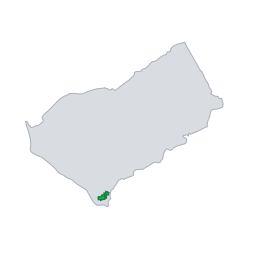 location of Akatsi South, Volta, Ghana, rotated 61°
{"feature_id": "2480657B79730913179219", "entity_name": "Akatsi South", "entity_type": "district", "adm_level": 2, "iso_a3": "GHA", "parent_name": "Ghana", "parent_adm1": "Volta", "projection": "robinson", "projection_center": [0.754, 6.154], "detail": "fine", "context": "in_parent", "style": "filled", "palette": "green", "viewbox_px": 256, "rotation_deg": 61, "n_neighbors": 0, "source": "geoboundaries", "source_scale": "gbopen_adm2", "svg_char_len": 4691}
<svg xmlns="http://www.w3.org/2000/svg" viewBox="0 0 256 256"><g transform="rotate(61 128 128)"><path d="M153.5,33.3L155.2,35.1L155.6,36.1L154.9,40.0L153.7,42.8L152.9,45.3L153.0,46.6L153.8,47.9L156.3,49.9L157.6,51.2L159.2,53.1L161.0,55.1L164.1,57.6L165.3,58.0L165.3,58.7L164.9,59.7L164.6,69.1L164.3,71.5L164.1,72.7L163.8,76.2L163.5,76.7L162.9,76.7L162.4,76.8L162.3,77.5L162.5,78.2L164.3,78.7L163.9,79.2L162.6,79.7L161.9,80.8L162.2,82.0L161.4,82.9L161.7,83.6L162.1,84.1L162.9,83.9L165.1,82.3L166.0,82.1L167.1,82.4L169.2,84.9L169.3,86.1L168.4,90.2L167.6,93.4L167.4,97.7L168.3,100.0L168.2,101.3L167.3,102.5L165.1,104.1L165.3,105.2L166.2,107.3L168.0,109.6L171.6,112.5L173.4,116.3L173.5,117.8L172.4,119.3L171.1,120.6L170.7,122.6L171.3,135.1L168.5,140.6L168.5,142.1L168.7,143.9L169.5,145.0L170.9,145.3L172.1,146.4L171.6,150.2L171.0,154.1L170.9,156.0L170.6,156.9L169.5,157.6L169.1,158.8L169.4,160.4L169.2,161.5L169.8,162.9L171.0,164.7L173.1,169.2L173.8,169.6L174.2,170.5L174.0,171.5L174.8,173.5L177.0,175.4L179.4,177.2L181.3,177.4L181.8,179.0L183.0,181.0L184.0,181.8L185.4,182.4L186.6,182.7L186.7,184.4L184.5,185.5L183.1,187.2L181.9,189.9L180.4,192.8L175.1,194.3L173.0,194.3L162.1,194.4L151.9,200.0L146.0,202.1L142.4,205.3L137.5,207.5L134.1,210.3L127.0,211.6L115.4,216.0L111.8,217.7L108.1,220.7L102.1,224.3L99.8,224.2L95.1,220.9L91.6,219.2L83.0,216.7L76.6,215.7L73.5,214.6L72.7,214.5L73.4,213.3L75.2,213.2L77.0,213.5L78.5,212.6L80.6,212.5L81.1,211.6L81.3,209.2L81.3,207.2L82.0,206.4L82.2,204.1L81.2,199.1L80.4,198.5L76.7,197.8L76.4,196.8L75.8,195.7L75.0,193.1L74.2,189.3L72.9,184.5L70.4,176.6L69.8,173.8L69.4,171.0L69.3,167.6L69.8,166.3L69.8,164.5L69.5,162.8L71.3,158.8L74.8,153.9L75.5,152.1L76.2,150.8L76.3,149.1L76.9,143.3L78.6,136.4L79.6,133.8L80.3,132.4L81.2,130.1L81.4,129.0L84.6,126.3L86.1,125.5L86.4,124.5L85.9,123.3L86.1,122.5L86.9,122.1L88.1,121.8L88.9,120.7L87.6,112.1L86.5,103.6L86.5,102.9L85.8,101.7L85.2,98.2L84.1,96.1L82.6,95.5L82.6,93.6L84.2,90.3L84.6,88.4L83.8,87.8L83.7,86.3L84.2,83.9L84.0,82.4L83.7,80.8L82.2,77.1L81.8,74.5L82.6,72.9L82.6,69.5L81.7,64.3L81.6,61.0L82.2,59.7L81.9,58.4L80.8,57.1L80.7,55.9L81.7,54.7L81.6,53.8L80.3,53.2L79.3,51.6L78.3,49.0L78.5,44.9L80.4,37.4L80.6,36.8L82.6,36.9L82.6,37.2L89.1,37.1L96.4,37.0L105.1,36.9L113.1,36.8L113.4,36.5L114.7,36.1L122.8,36.8L127.8,36.5L129.9,36.7L131.5,37.2L134.9,36.9L136.8,37.1L138.2,39.0L138.7,38.9L139.5,38.2L140.9,37.3L142.3,36.5L143.3,35.1L143.9,34.0L144.9,34.2L146.2,34.1L147.1,33.2L147.4,31.7L153.5,33.3Z" fill="#d9dde1" stroke="#a8b0b8" stroke-width="1"/><path d="M178.7,181.2L178.3,180.9L178.2,180.7L177.9,180.5L177.9,180.4L177.3,180.4L177.1,180.5L177.0,180.4L177.0,181.1L177.0,181.4L177.0,181.5L176.8,181.5L176.7,181.6L176.7,181.8L176.5,181.7L176.3,181.8L176.3,181.6L176.2,181.2L175.8,181.2L175.8,181.3L175.8,181.2L175.7,181.0L175.8,180.9L175.8,180.7L175.8,180.4L175.8,180.2L175.8,179.9L175.8,179.7L175.9,179.4L176.0,179.4L175.9,179.3L176.0,179.2L176.0,178.9L176.0,178.7L176.1,178.4L176.2,178.2L176.3,178.1L176.2,178.1L176.2,177.9L176.3,177.9L176.2,177.8L176.2,177.7L176.2,177.4L176.1,177.2L176.1,176.9L176.0,176.7L175.9,176.6L175.7,176.5L175.5,176.8L175.4,176.7L175.3,176.4L175.2,176.5L174.8,176.6L174.7,176.6L174.5,176.8L174.4,176.8L174.2,176.8L173.9,177.0L173.7,177.0L173.6,177.3L173.6,177.5L173.6,177.8L173.4,177.8L173.2,178.0L173.3,178.4L173.2,178.4L173.3,178.5L173.5,178.6L173.6,178.8L173.7,179.0L173.8,179.1L173.7,179.2L173.8,179.3L173.8,179.5L173.7,179.5L173.8,179.8L174.0,180.1L173.9,180.2L174.0,180.2L174.0,180.3L174.0,180.2L174.1,180.4L174.3,180.4L174.3,180.5L174.2,180.5L174.2,180.8L174.2,181.0L174.3,181.1L174.3,181.3L174.4,181.5L174.3,181.8L174.3,182.0L174.3,182.3L174.3,182.5L174.4,182.8L174.5,182.8L174.4,182.8L174.4,183.0L174.5,183.1L174.4,183.1L174.3,183.3L174.2,183.5L174.3,183.5L174.5,183.7L174.6,183.9L174.7,184.0L174.8,184.1L175.0,184.3L175.1,184.5L175.2,184.8L175.2,185.0L175.1,185.3L175.1,185.5L174.9,185.6L174.8,185.8L174.7,185.9L174.6,186.0L174.6,186.3L174.4,186.4L174.3,186.5L174.2,186.5L174.1,186.8L174.0,187.0L173.9,187.2L173.9,187.3L174.0,187.4L174.3,187.5L174.5,187.6L174.6,187.8L174.8,188.0L175.0,188.0L175.3,188.1L175.5,188.4L175.7,188.2L175.8,188.2L176.0,188.1L176.4,188.3L176.5,188.3L176.5,188.2L176.7,187.6L177.0,187.1L177.2,186.9L177.3,186.8L177.8,187.0L178.0,187.0L178.0,186.9L178.0,186.3L178.0,186.0L177.9,186.0L177.7,186.0L177.6,185.9L177.6,185.7L177.9,185.3L177.9,185.0L178.1,185.0L178.3,184.6L178.3,184.4L178.7,183.5L178.5,183.4L178.7,183.1L178.7,182.9L178.9,182.8L178.8,182.7L178.7,182.8L178.6,182.7L178.4,182.5L178.4,182.4L178.5,182.3L178.5,182.2L178.4,182.1L178.4,181.9L178.5,181.7L178.5,181.4L178.7,181.2Z" fill="#22c55e" stroke="#15803d" stroke-width="1.5"/></g></svg>